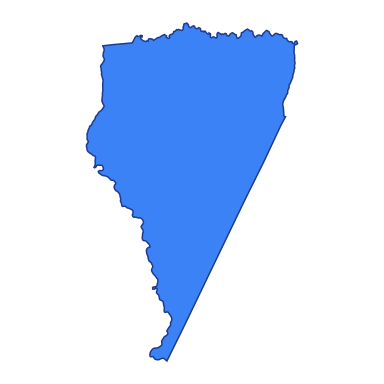 outline of Nova Andradina, Mato Grosso do Sul, Brazil
{"feature_id": "56859067B45875035456952", "entity_name": "Nova Andradina", "entity_type": "district", "adm_level": 2, "iso_a3": "BRA", "parent_name": "Brazil", "parent_adm1": "Mato Grosso do Sul", "projection": "natural_earth1", "projection_center": [-53.469, -22.068], "detail": "fine", "context": "isolated", "style": "filled", "palette": "blue", "viewbox_px": 384, "rotation_deg": 0, "n_neighbors": 0, "source": "geoboundaries", "source_scale": "gbopen_adm2", "svg_char_len": 5827}
<svg xmlns="http://www.w3.org/2000/svg" viewBox="0 0 384 384"><path d="M285.5,116.7L284.1,116.3L283.9,115.3L283.4,108.2L283.1,106.4L282.7,104.5L282.9,103.3L283.6,100.5L284.4,99.3L285.9,96.6L286.2,95.5L286.7,94.6L287.5,93.6L287.7,92.1L287.7,90.7L288.9,88.1L289.1,86.9L289.0,85.1L289.9,84.0L290.4,83.2L290.7,82.1L291.2,81.1L292.7,77.1L292.8,75.4L293.7,72.5L294.0,71.2L294.1,69.8L294.5,68.7L294.8,67.7L294.5,66.8L294.5,65.8L295.0,63.3L294.9,62.0L294.5,60.4L294.7,59.4L294.6,55.5L294.5,54.5L294.1,53.5L294.0,52.6L294.1,51.0L294.1,49.6L294.2,48.6L294.2,45.9L295.3,44.7L296.5,44.5L297.6,43.6L297.1,42.0L296.4,41.0L295.1,41.5L294.5,42.5L293.9,43.7L292.5,43.4L292.1,41.9L291.1,41.5L290.0,41.8L289.2,41.8L288.0,40.9L287.0,39.8L286.7,38.4L285.3,38.6L283.9,37.9L282.8,36.9L282.5,35.3L281.6,34.6L279.4,34.7L278.6,34.2L277.6,33.9L276.8,33.5L275.9,33.4L274.9,33.8L272.9,35.7L271.9,36.0L271.2,35.5L270.6,34.5L269.6,33.3L269.2,31.9L267.1,30.5L266.2,30.5L264.4,32.4L263.3,33.3L261.9,36.0L260.4,35.4L258.9,35.0L257.8,35.2L257.1,35.6L256.5,36.3L255.5,37.0L254.7,36.9L254.1,36.1L253.7,35.2L252.9,34.3L253.1,33.2L252.6,31.6L251.6,30.8L250.8,31.2L250.0,30.9L248.3,29.5L247.3,29.1L246.5,29.6L245.3,30.3L244.1,31.2L243.3,32.0L242.5,32.4L241.5,32.7L241.0,35.9L239.1,37.7L238.2,38.2L237.3,38.3L236.6,37.1L236.4,35.9L236.3,34.9L235.1,34.5L233.3,33.2L232.5,32.7L231.3,33.2L229.7,34.6L229.2,35.7L228.3,36.0L227.1,35.8L226.3,33.9L225.6,33.4L224.5,33.6L223.6,34.5L222.3,34.0L221.2,34.6L220.6,33.8L219.4,33.4L218.5,32.5L217.6,32.8L217.1,33.8L216.9,35.1L217.3,36.2L216.5,37.9L215.3,37.7L213.5,36.8L212.8,37.0L211.6,37.7L210.3,37.1L210.3,35.9L210.6,34.7L210.3,33.6L209.3,33.1L209.6,34.0L208.5,34.1L207.4,33.8L206.6,33.0L205.5,31.6L204.8,31.0L203.7,31.9L203.0,31.1L201.8,31.4L200.9,31.1L200.6,30.0L200.6,29.0L199.9,28.1L198.8,27.7L197.6,28.5L196.3,28.7L195.4,28.3L194.8,27.3L194.5,26.3L193.7,25.8L192.2,26.4L191.3,27.3L190.2,27.5L189.2,27.2L188.6,26.1L188.3,24.6L186.8,23.0L185.9,23.5L184.8,23.6L183.9,24.1L183.8,25.6L183.1,26.8L183.3,28.6L182.9,29.5L182.4,30.2L181.5,30.4L180.2,30.1L178.7,29.4L177.7,29.9L176.6,29.6L175.1,31.3L173.8,31.5L173.4,32.8L172.9,33.7L171.5,34.4L170.2,34.7L169.1,36.2L169.8,37.6L169.0,38.4L167.8,38.2L166.3,37.2L166.6,36.0L165.4,35.3L164.5,34.5L162.5,35.4L159.2,37.5L158.1,37.5L157.1,38.0L155.7,39.0L153.5,40.4L152.7,39.3L151.6,38.9L149.7,38.8L148.6,39.0L148.2,40.0L148.0,41.2L146.9,40.8L145.8,41.6L144.7,41.3L143.8,40.9L142.5,40.4L141.7,39.4L140.7,38.6L140.7,37.0L142.1,37.0L142.2,35.7L140.8,35.3L139.9,35.8L139.2,36.4L138.0,36.6L137.0,35.7L135.8,36.6L134.8,37.9L134.3,39.1L132.8,41.8L132.3,42.9L114.5,44.5L102.8,45.8L103.3,47.0L104.0,48.6L104.2,50.0L103.9,51.3L103.3,53.1L103.2,54.5L103.0,55.9L103.6,57.6L104.5,59.3L103.8,61.3L102.0,64.1L101.3,64.8L100.6,65.8L100.8,67.4L101.1,68.4L101.3,70.8L101.6,72.1L101.5,74.7L102.0,76.0L102.3,77.5L102.7,78.7L103.0,80.0L103.1,81.3L102.7,83.9L102.7,85.7L102.9,89.5L102.7,91.7L102.4,93.5L102.4,94.8L102.5,95.8L102.1,97.6L102.2,98.6L102.0,99.6L101.9,100.9L103.0,103.9L103.7,104.9L104.2,106.2L102.8,108.5L101.8,109.8L101.0,110.7L98.7,112.3L98.0,113.8L97.3,114.8L96.5,115.4L95.6,116.9L95.1,118.3L94.8,119.6L94.1,120.2L93.3,121.3L92.6,122.4L91.3,125.3L90.3,125.7L89.6,126.5L89.4,127.7L88.3,129.7L87.7,132.3L87.1,133.6L87.0,134.7L87.2,136.8L87.1,138.4L87.2,139.7L88.4,141.4L87.4,143.7L86.6,144.4L86.4,146.6L87.0,148.3L87.0,149.6L87.5,150.9L88.3,151.9L89.4,152.7L90.1,153.3L91.5,154.0L92.5,154.9L93.2,155.5L94.9,156.1L95.6,157.3L95.4,158.5L95.1,160.1L95.1,161.3L95.3,163.8L94.9,165.5L94.0,167.4L94.7,167.8L95.9,167.0L96.8,165.5L97.9,165.0L99.2,165.3L101.7,165.2L102.6,166.0L103.4,168.1L103.3,169.1L102.6,170.2L101.7,170.7L99.3,170.6L98.3,171.5L98.6,172.7L100.1,173.9L101.2,174.7L102.3,175.3L103.2,175.6L105.5,175.9L107.9,177.0L109.1,178.0L110.9,180.0L111.8,180.2L113.2,180.3L114.1,180.9L115.1,182.0L115.8,183.0L115.5,184.2L114.5,185.2L114.1,187.2L114.5,188.6L115.0,189.6L116.0,190.8L117.4,191.4L119.3,193.6L119.8,194.8L120.7,199.2L120.4,201.1L121.4,203.3L121.9,205.8L122.6,206.5L123.8,206.3L125.1,206.2L127.1,207.8L127.9,208.1L128.7,208.2L132.3,210.0L132.9,210.9L133.1,212.0L132.8,213.7L132.3,214.9L132.8,216.4L133.5,217.1L134.5,217.2L135.8,217.2L138.2,217.9L140.5,218.0L141.3,218.4L142.2,219.2L143.1,220.5L143.4,221.6L143.4,223.0L142.8,224.3L141.8,225.3L141.1,226.8L141.8,228.3L142.8,229.7L143.2,230.9L143.3,232.2L142.6,233.2L142.6,234.7L142.3,236.7L142.2,238.1L142.4,239.0L142.8,240.0L143.9,240.7L145.3,240.7L146.4,241.3L147.8,243.0L149.3,244.6L149.8,245.6L149.9,247.1L148.5,247.4L147.1,248.5L146.5,249.7L146.4,250.6L146.7,253.3L147.9,256.4L148.1,257.4L148.2,258.4L148.5,259.5L148.9,260.7L149.5,261.5L150.3,261.9L151.0,262.6L151.6,263.5L152.0,264.6L152.7,265.8L152.8,267.1L151.9,268.7L151.5,270.4L152.0,271.7L153.3,273.9L155.6,276.4L156.8,278.3L157.7,279.2L157.9,280.8L157.9,281.9L157.1,284.2L157.1,285.8L155.1,286.9L154.1,286.9L153.1,287.1L152.5,287.8L152.8,289.2L154.2,289.2L155.1,288.8L155.8,288.1L156.6,288.1L157.1,288.9L157.1,290.3L156.7,291.2L156.5,292.3L157.0,293.6L158.6,295.0L159.0,296.2L159.6,299.6L162.8,301.2L163.4,303.0L163.8,305.8L164.4,307.1L164.3,308.7L164.1,310.4L164.4,312.0L165.3,312.4L166.7,311.9L168.2,312.3L171.3,316.9L171.8,318.9L171.7,320.4L170.6,322.6L170.5,325.5L168.8,327.6L167.0,330.5L167.0,331.5L167.5,332.2L167.8,333.2L167.8,334.1L167.1,334.9L166.1,335.7L164.6,336.6L163.8,337.4L163.3,338.4L162.7,339.2L161.7,341.1L161.7,342.2L161.9,343.3L162.0,344.6L160.9,345.9L158.9,347.2L157.8,347.8L156.8,348.0L154.2,348.2L153.4,348.5L152.5,349.2L151.7,350.1L150.4,352.1L150.0,353.7L149.9,355.0L150.0,356.1L150.7,356.8L152.8,356.6L153.5,357.1L154.7,358.9L155.7,359.4L156.7,359.7L158.0,359.8L159.1,359.6L160.9,358.7L162.7,358.3L163.8,358.4L164.6,359.0L166.9,361.0L183.5,327.4L244.8,200.1L264.0,161.4L280.7,125.8L285.5,116.7Z" fill="#3b82f6" stroke="#1e3a8a" stroke-width="1.5"/></svg>